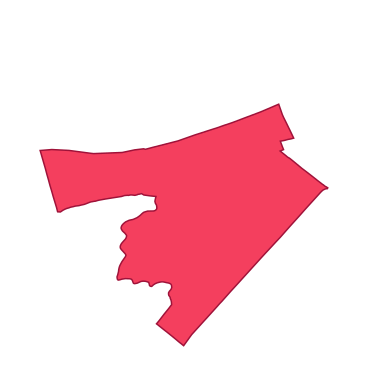 Garcov, Romania, rotated 145°
{"feature_id": "2599482B23748012739102", "entity_name": "Garcov", "entity_type": "district", "adm_level": 2, "iso_a3": "ROU", "parent_name": "Romania", "parent_adm1": "", "projection": "robinson", "projection_center": [24.633, 43.762], "detail": "fine", "context": "isolated", "style": "filled", "palette": "rose", "viewbox_px": 384, "rotation_deg": 145, "n_neighbors": 0, "source": "geoboundaries", "source_scale": "gbopen_adm2", "svg_char_len": 3214}
<svg xmlns="http://www.w3.org/2000/svg" viewBox="0 0 384 384"><g transform="rotate(145 192 192)"><path d="M276.2,239.8L274.6,239.3L273.0,238.7L267.1,236.0L259.7,232.4L252.4,228.8L249.3,227.8L246.7,226.3L245.9,225.6L244.3,225.0L243.4,224.4L242.2,223.4L241.0,222.3L240.6,222.0L238.6,221.2L237.6,221.1L236.8,220.6L234.3,219.6L233.7,218.4L233.2,217.2L228.8,213.1L224.1,209.0L226.8,206.6L227.8,205.5L228.5,203.6L228.6,201.7L229.5,199.8L230.4,198.6L231.3,198.1L232.9,198.0L234.2,198.4L236.9,200.2L239.3,201.8L241.9,202.7L243.4,203.1L245.8,202.9L247.5,202.6L249.3,202.5L251.8,202.5L255.9,203.3L259.7,204.9L263.5,205.6L265.4,205.5L266.8,205.3L268.0,205.0L269.0,204.6L270.3,203.7L270.9,202.9L271.2,201.8L271.3,199.9L270.6,196.6L270.5,194.7L270.6,193.7L271.3,193.0L272.5,192.1L273.7,191.6L276.4,191.0L278.8,190.4L280.1,189.9L281.7,188.9L282.5,187.9L282.9,186.9L282.9,185.2L282.6,183.1L282.2,179.9L282.2,178.7L282.6,177.9L283.7,177.2L285.9,176.4L289.4,175.1L292.2,173.7L293.8,172.8L295.1,171.8L296.6,170.4L297.8,169.0L300.2,166.9L302.2,165.4L302.4,164.9L303.0,163.8L303.2,163.0L303.0,162.2L301.6,161.5L299.4,160.8L296.3,159.3L294.6,158.0L292.5,156.4L291.6,155.1L291.6,153.7L292.0,152.3L292.3,150.8L291.8,150.0L290.5,149.3L289.0,148.7L285.2,148.0L283.3,147.1L281.5,145.7L280.3,144.3L279.3,142.8L279.5,142.2L279.8,141.2L280.4,139.9L280.4,139.4L280.1,138.6L279.4,137.9L278.6,137.8L276.8,138.1L274.7,138.0L272.7,137.6L270.0,136.6L268.4,135.8L267.4,135.1L266.3,134.0L265.0,132.5L263.4,130.9L262.6,129.7L262.2,128.9L262.2,127.7L262.6,126.8L263.3,125.5L264.6,124.5L265.6,124.1L267.6,123.6L269.0,122.9L269.8,121.8L270.3,120.6L270.3,118.7L270.4,118.0L270.8,117.4L271.2,115.5L271.9,113.8L273.4,111.3L274.3,111.1L278.0,109.9L284.7,108.0L293.3,105.3L296.7,104.4L294.1,95.6L292.2,89.3L290.4,83.0L288.5,75.9L287.8,73.7L287.4,72.2L287.0,70.9L283.8,72.0L278.4,73.9L274.0,75.4L267.4,76.9L259.5,78.7L249.3,81.0L240.5,83.0L233.4,84.7L230.3,85.3L217.3,88.4L206.5,90.8L173.5,98.3L166.7,99.8L158.7,101.5L151.3,103.1L145.5,104.3L132.3,107.5L117.5,110.9L112.9,112.0L109.2,112.9L86.7,118.0L84.2,118.4L83.3,118.4L82.5,118.3L81.6,118.1L80.9,118.0L80.0,117.6L79.3,117.1L78.9,117.3L78.4,117.5L79.1,119.3L79.4,119.7L79.6,120.1L80.1,121.7L80.3,122.6L80.6,123.1L82.6,129.5L84.5,135.9L87.6,145.8L88.4,148.2L91.4,159.2L92.5,163.0L92.8,163.9L93.5,165.3L93.8,166.1L94.2,167.8L96.3,175.0L92.7,174.2L91.9,177.6L90.5,183.0L88.6,182.1L86.6,181.2L84.9,180.6L83.2,180.0L80.4,178.7L77.8,177.8L77.5,179.6L77.2,181.4L76.3,186.8L75.9,189.5L75.2,193.8L74.2,200.5L73.6,203.6L70.6,214.2L90.1,218.3L104.9,222.1L119.1,225.7L125.3,227.5L126.4,227.9L136.1,230.6L136.6,230.8L156.6,237.0L174.2,241.9L199.1,251.3L205.7,253.7L206.8,255.1L214.8,259.4L226.5,264.4L250.6,279.9L253.1,282.1L268.9,296.6L282.5,307.2L292.6,313.1L293.8,309.5L296.9,300.5L298.7,295.2L300.7,289.8L302.6,284.3L304.6,278.8L306.4,273.3L308.3,267.9L310.1,262.4L311.9,256.9L313.4,253.0L313.4,252.8L311.2,251.1L309.8,251.1L308.3,251.1L306.0,250.8L304.7,250.5L304.4,250.5L301.9,249.6L300.6,249.3L299.5,248.9L297.7,248.1L295.7,247.4L292.3,245.6L290.6,245.0L287.5,243.7L286.1,243.3L283.6,242.7L281.1,242.1L280.3,241.8L279.3,241.3L277.5,240.5L276.2,239.8Z" fill="#f43f5e" stroke="#9f1239" stroke-width="1.5"/></g></svg>